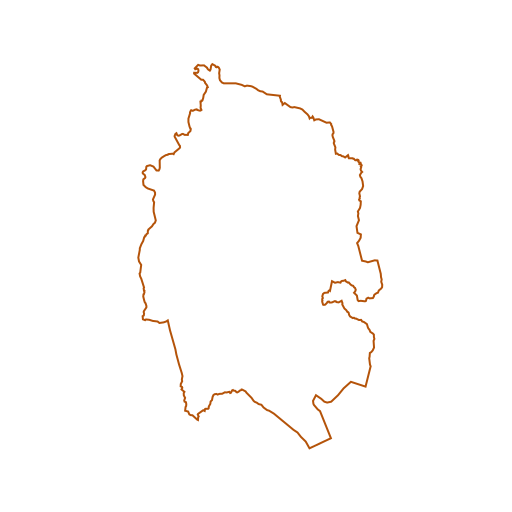 Fianarantsoa I, Haute Matsiatra, Madagascar, rotated 345°
{"feature_id": "10022922B21478747844721", "entity_name": "Fianarantsoa I", "entity_type": "district", "adm_level": 2, "iso_a3": "MDG", "parent_name": "Madagascar", "parent_adm1": "Haute Matsiatra", "projection": "equal_earth", "projection_center": [47.084, -21.453], "detail": "fine", "context": "isolated", "style": "outline", "palette": "amber", "viewbox_px": 512, "rotation_deg": 345, "n_neighbors": 0, "source": "geoboundaries", "source_scale": "gbopen_adm2", "svg_char_len": 6100}
<svg xmlns="http://www.w3.org/2000/svg" viewBox="0 0 512 512"><g transform="rotate(345 256 256)"><path d="M281.2,451.4L277.7,422.4L275.9,420.1L273.4,414.8L273.2,413.6L273.6,410.7L277.9,406.0L282.1,410.9L284.3,414.4L286.8,416.0L290.9,416.2L299.2,411.7L306.4,406.5L315.1,402.1L328.0,410.5L338.2,392.2L338.0,390.4L338.9,384.0L339.6,382.8L340.9,379.1L342.4,378.7L344.3,377.4L346.3,375.0L347.6,368.4L348.9,366.7L348.9,364.9L349.5,362.4L348.8,361.1L346.8,358.9L346.5,356.5L345.8,355.1L345.6,354.0L345.5,350.5L343.2,347.7L341.6,346.7L341.0,344.9L338.9,344.5L336.4,342.3L335.5,342.1L334.6,341.0L333.4,341.0L331.2,338.7L330.7,336.8L330.8,334.8L330.5,334.1L329.8,333.7L329.2,331.7L327.8,329.6L326.8,325.2L327.3,323.9L327.1,321.4L323.8,322.2L321.7,321.3L321.4,320.4L320.4,320.0L317.3,320.5L315.7,320.2L314.9,319.9L314.8,319.0L313.9,318.7L313.1,318.9L312.6,319.5L310.3,320.9L308.9,320.8L308.2,320.4L308.1,317.2L308.7,316.1L308.5,315.7L309.0,314.4L309.7,313.9L309.6,312.1L310.9,310.0L312.5,309.3L316.1,309.9L317.1,308.5L318.1,308.1L318.5,308.7L322.9,300.0L325.4,302.3L328.3,302.4L330.7,303.6L331.5,302.7L332.6,302.3L334.1,302.6L336.0,302.4L336.2,303.7L337.9,305.5L338.7,305.5L340.0,308.1L340.9,309.2L342.1,309.9L342.7,311.7L343.4,312.5L343.6,314.5L342.6,315.9L341.2,316.9L343.2,320.3L342.8,324.9L343.4,326.1L345.6,326.4L349.6,328.0L350.6,327.8L351.7,325.8L353.6,325.3L354.7,326.3L358.0,326.9L359.4,325.6L359.8,324.6L360.4,324.0L362.8,323.1L364.3,323.0L365.7,321.1L368.5,319.8L369.7,318.8L370.5,316.4L370.3,313.3L371.3,311.2L371.3,308.7L371.9,305.5L372.1,291.8L369.5,290.9L362.4,291.0L360.6,289.7L357.2,288.0L357.4,272.8L357.0,269.7L359.4,268.0L361.8,265.5L362.9,262.3L360.0,259.9L360.8,253.2L364.7,248.1L364.8,243.8L365.9,241.3L365.9,239.4L368.9,236.5L370.3,233.7L371.4,230.3L370.2,229.1L370.2,228.0L371.1,227.4L371.3,226.1L371.9,225.3L372.0,222.2L372.8,220.7L375.8,218.8L377.6,216.1L378.2,211.6L378.0,208.1L377.3,206.5L377.3,204.7L379.3,202.8L380.3,202.3L379.5,200.7L379.5,199.1L380.5,197.7L380.4,196.7L381.0,196.5L381.6,195.7L381.1,194.4L380.1,194.4L379.6,194.0L379.9,193.3L381.1,193.4L381.1,192.9L379.8,192.3L379.3,191.4L379.2,190.8L379.8,190.5L379.7,189.7L378.6,189.0L377.4,189.5L376.6,189.1L375.7,187.4L375.1,187.3L374.7,186.6L371.0,185.6L370.8,184.6L371.1,183.9L371.0,182.4L367.6,183.9L366.2,182.4L364.8,181.8L363.8,180.4L362.2,179.8L360.9,178.0L359.6,177.9L360.0,173.6L360.8,171.6L360.3,167.3L360.7,166.2L361.3,165.9L361.5,165.0L361.0,160.8L361.1,159.1L361.5,158.2L362.5,157.5L363.0,156.3L363.0,150.5L362.5,148.7L362.8,148.0L361.9,146.1L358.6,145.5L352.2,140.2L349.3,139.6L347.4,140.0L347.2,137.1L346.8,135.9L345.7,137.0L344.0,136.5L343.4,136.9L343.3,134.8L342.4,132.5L340.2,129.2L338.7,126.5L336.7,124.8L331.6,122.1L329.7,122.0L327.8,121.1L323.4,115.7L320.8,116.9L321.0,114.2L320.3,113.4L320.2,112.5L320.5,111.4L320.2,108.3L320.6,107.4L308.3,102.6L305.0,98.9L302.7,97.9L300.9,96.4L299.7,94.7L296.4,91.5L295.0,90.6L291.4,89.1L289.1,89.2L286.5,87.0L281.2,84.0L269.6,80.9L268.0,79.6L266.7,76.9L266.7,74.6L267.5,72.0L267.7,69.9L269.2,66.5L268.8,64.4L268.2,63.5L267.7,63.2L267.5,63.5L266.7,63.5L266.1,63.0L265.8,61.6L263.5,59.4L262.0,60.5L260.3,64.2L259.4,65.0L258.1,63.5L257.5,62.2L257.5,61.5L255.1,58.4L251.2,57.5L249.6,56.4L245.4,58.9L245.7,59.9L247.7,59.8L248.5,60.6L248.4,62.2L247.6,63.5L246.7,63.9L243.7,63.0L243.4,63.8L248.7,71.5L250.5,72.1L251.7,74.5L251.6,75.5L252.9,78.6L253.1,80.5L252.3,80.6L250.1,84.3L247.2,86.8L245.9,89.7L244.5,91.9L244.2,92.1L243.5,91.8L243.0,92.6L242.3,92.5L241.6,96.3L240.8,98.6L241.1,100.8L240.0,101.2L239.0,100.9L236.9,99.6L236.7,99.0L235.0,98.9L232.5,99.4L231.1,98.4L230.6,98.8L229.4,100.2L229.3,101.0L226.3,105.8L225.4,109.1L225.3,113.9L225.5,115.7L225.8,115.9L225.9,116.4L225.0,118.3L222.3,119.8L221.5,121.4L218.4,120.5L217.1,119.2L216.3,119.0L213.3,119.8L212.1,119.7L211.2,118.9L210.9,116.8L209.8,117.2L208.5,118.9L208.3,119.6L210.6,129.1L211.0,129.8L210.8,131.3L210.2,132.0L204.1,134.8L202.8,136.3L202.0,135.6L197.7,134.9L197.0,135.4L195.3,135.2L193.6,135.6L190.4,136.6L188.6,137.7L187.7,138.7L185.9,145.9L185.1,147.3L184.1,148.3L182.0,147.6L180.1,143.1L177.2,140.9L173.9,140.9L173.2,141.4L172.2,143.9L171.3,144.5L168.9,145.1L168.3,145.7L168.0,146.5L168.2,147.2L169.5,149.0L169.6,151.2L169.1,151.9L167.0,152.8L166.3,154.6L165.7,158.2L167.3,161.0L169.0,162.8L174.4,166.4L174.9,168.6L174.4,170.6L171.1,174.7L171.1,176.5L171.5,177.7L169.5,183.1L168.6,186.8L168.4,195.7L167.0,197.7L165.2,198.6L163.2,200.4L158.8,202.6L158.6,203.3L158.1,203.6L157.3,206.1L156.0,206.5L154.6,207.9L154.2,207.7L153.7,208.6L152.9,208.9L150.9,212.3L148.4,214.9L145.8,218.4L145.3,220.1L141.9,227.1L141.6,231.0L142.8,234.9L139.9,242.0L139.0,242.8L138.8,245.7L139.3,248.3L139.7,257.5L139.1,258.1L138.9,259.9L139.2,260.5L138.8,260.8L139.0,261.9L137.9,263.8L137.4,263.9L136.6,266.0L136.5,270.0L136.6,272.1L137.1,273.0L137.2,276.0L136.8,277.3L133.5,280.2L133.0,281.0L133.0,282.6L132.2,284.4L130.9,284.8L130.4,287.9L132.3,289.3L133.3,288.8L136.4,290.0L139.5,292.0L144.0,293.8L145.4,295.7L149.6,296.2L152.3,296.0L154.1,295.4L153.7,305.5L154.0,325.2L153.6,330.4L153.6,340.7L154.0,349.8L153.9,353.0L152.4,356.1L152.3,357.8L150.2,360.2L149.5,362.4L150.6,363.3L150.7,364.3L149.5,365.6L151.7,368.7L150.7,369.7L150.2,372.0L150.8,374.7L149.3,376.9L149.3,378.2L150.5,379.1L150.3,381.1L149.7,382.8L148.9,383.6L147.5,387.1L150.2,388.7L150.6,391.7L151.7,392.8L153.4,393.4L156.9,398.9L157.5,399.4L158.4,396.7L159.1,396.2L158.7,394.0L159.2,393.5L165.1,391.3L166.3,392.4L167.1,390.7L167.6,390.5L170.2,391.2L170.8,390.9L171.5,389.1L173.6,387.0L174.5,384.8L176.2,383.8L177.6,380.9L178.9,379.3L180.2,378.8L182.1,379.0L183.0,379.9L185.0,379.7L187.7,380.3L190.6,379.6L192.2,380.2L195.1,380.3L195.6,381.7L196.4,381.6L198.2,379.6L199.0,379.5L199.1,380.0L201.1,380.9L201.9,382.5L202.5,382.9L204.0,382.6L205.6,381.8L207.1,381.7L207.5,381.2L208.0,381.4L210.9,384.1L211.3,385.4L215.0,391.9L216.2,395.3L217.0,396.5L218.9,398.0L220.2,399.7L222.7,401.1L224.1,404.3L226.8,407.7L228.6,408.8L232.5,412.9L247.2,433.6L250.4,437.2L252.5,442.2L256.0,448.1L257.9,455.6L281.2,451.4Z" fill="none" stroke="#b45309" stroke-width="2"/></g></svg>